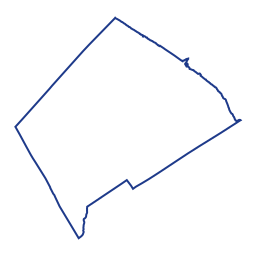 the district of Quilmes, Buenos Aires, Argentina
{"feature_id": "61730980B6528535412911", "entity_name": "Quilmes", "entity_type": "district", "adm_level": 2, "iso_a3": "ARG", "parent_name": "Argentina", "parent_adm1": "Buenos Aires", "projection": "albers", "projection_center": [-58.244, -34.74], "detail": "fine", "context": "isolated", "style": "outline", "palette": "blue", "viewbox_px": 256, "rotation_deg": 0, "n_neighbors": 0, "source": "geoboundaries", "source_scale": "gbopen_adm2", "svg_char_len": 5486}
<svg xmlns="http://www.w3.org/2000/svg" viewBox="0 0 256 256"><path d="M240.6,120.2L240.4,120.0L240.0,119.9L239.9,120.0L239.5,120.0L239.1,119.9L238.8,120.0L238.3,120.5L238.0,120.6L237.8,120.6L237.6,120.6L236.4,121.0L236.3,120.9L235.8,120.6L235.5,120.4L235.4,120.1L235.2,119.8L235.2,119.6L234.9,119.3L234.7,119.0L234.6,118.6L234.6,118.3L234.2,117.6L234.1,117.1L233.7,116.7L233.5,116.4L233.3,116.1L233.1,115.7L233.0,115.3L232.9,114.9L232.7,114.6L232.5,114.2L232.3,113.9L231.9,113.8L231.7,113.6L231.4,113.5L231.1,113.0L230.9,112.7L230.7,112.4L230.3,111.8L230.1,111.3L229.9,110.9L229.7,110.6L229.5,110.2L229.2,109.5L229.2,109.2L229.1,108.9L229.0,108.5L229.0,108.2L228.7,107.8L228.6,107.7L228.4,107.2L228.3,106.7L228.2,106.3L228.0,105.7L227.8,105.2L227.6,104.6L227.4,104.2L227.3,103.7L227.1,103.3L226.9,102.9L226.7,102.3L226.3,101.5L226.2,101.0L226.1,100.8L226.0,100.3L225.9,100.1L225.8,99.8L225.6,99.5L225.2,99.1L224.8,99.0L224.5,98.8L224.1,98.7L223.4,98.2L223.0,97.7L222.9,97.4L222.8,96.9L222.7,96.7L222.5,96.3L222.2,96.1L222.0,95.7L221.8,95.1L221.7,94.8L221.6,94.6L221.5,94.4L221.5,94.2L221.3,93.8L221.0,93.5L220.7,93.2L220.3,92.9L220.1,92.6L219.8,92.4L219.7,92.4L219.6,92.1L219.4,92.0L219.2,91.8L219.0,91.7L218.6,91.3L218.4,91.1L218.2,91.1L217.9,90.7L217.7,90.2L217.6,89.9L217.0,89.3L216.9,89.0L216.8,88.7L216.7,88.4L216.2,87.8L216.1,87.6L215.7,87.5L215.4,87.4L215.2,87.2L214.9,86.9L214.7,86.9L214.6,86.6L214.3,86.5L213.7,86.0L213.2,85.7L212.9,85.4L212.7,85.2L212.3,84.8L212.1,84.7L211.9,84.5L211.7,84.4L211.4,84.4L210.8,83.9L210.4,83.6L210.3,83.3L210.1,83.1L209.8,83.0L209.5,82.8L209.2,82.6L209.0,82.2L208.6,81.9L208.4,81.8L208.0,81.7L207.7,81.4L207.3,81.1L206.6,80.6L206.3,80.3L206.2,80.1L206.0,79.7L205.7,79.7L205.1,79.3L204.6,78.9L204.2,78.6L203.7,78.2L202.8,77.5L202.3,77.0L202.1,76.8L201.8,76.6L201.5,76.4L201.3,76.3L201.1,76.1L200.8,75.9L200.7,75.8L200.5,75.6L200.5,75.4L200.6,75.1L200.8,74.9L200.6,74.6L200.4,74.3L200.1,73.8L199.7,73.5L199.2,73.5L198.8,73.8L198.6,73.9L198.2,73.9L197.9,73.8L195.6,71.9L195.2,71.7L194.0,70.8L193.8,70.6L193.7,70.4L193.6,70.2L193.4,70.1L193.2,70.2L192.9,70.1L191.1,69.4L190.6,69.2L190.3,69.1L190.0,69.0L189.7,69.0L189.5,68.8L189.5,68.4L189.4,67.9L189.4,67.7L189.2,67.5L189.1,67.4L188.6,67.0L188.4,66.8L188.0,66.7L187.8,66.4L187.6,66.5L187.3,66.5L187.1,66.5L187.0,66.3L186.9,66.3L186.6,66.4L186.5,66.1L186.4,65.9L186.4,65.7L187.2,65.7L187.4,65.5L187.5,65.5L187.7,65.3L187.7,64.9L187.7,64.6L187.6,64.0L187.3,63.7L187.1,63.5L186.9,63.8L186.6,64.2L186.3,64.5L186.0,64.8L185.8,65.2L185.1,64.0L185.2,63.7L185.8,62.9L186.1,62.6L186.3,62.2L186.4,61.9L186.6,61.4L187.0,60.9L187.5,59.8L187.9,59.3L188.2,59.0L188.2,58.6L187.6,58.8L187.2,58.8L186.4,59.1L185.9,59.3L185.6,59.6L185.3,59.8L184.9,59.9L184.6,60.2L184.4,60.3L184.2,60.4L184.1,60.5L183.6,60.5L183.3,60.6L183.2,60.6L182.9,61.0L182.7,61.3L182.5,61.2L180.5,59.9L174.4,55.5L164.4,48.8L164.1,48.5L159.9,45.7L159.7,45.8L159.5,46.1L159.2,46.0L158.9,45.7L158.6,45.4L158.3,45.2L158.1,45.3L157.9,45.2L157.7,44.8L157.3,44.6L156.7,44.0L156.2,43.7L156.0,43.4L155.9,43.2L155.6,42.9L154.8,42.6L154.5,42.5L154.1,42.3L153.3,41.8L153.0,41.6L152.7,41.4L152.5,41.1L152.1,41.0L151.8,40.9L151.5,40.8L150.9,40.4L150.6,40.4L150.3,40.3L150.0,40.1L149.4,39.5L149.0,39.4L148.8,39.3L148.6,39.1L148.4,39.0L148.2,38.9L147.8,38.7L147.4,38.4L147.3,38.0L147.2,37.7L146.8,37.5L146.5,37.5L146.3,37.5L145.9,37.3L145.7,37.1L145.5,36.8L145.2,36.6L144.9,36.5L144.6,36.2L144.3,36.1L143.9,36.1L143.6,36.1L143.4,36.3L143.2,36.6L142.9,36.5L143.0,36.1L143.1,35.9L143.3,35.8L143.2,35.6L142.8,35.4L142.6,35.1L142.2,35.0L141.9,34.9L141.5,34.9L141.2,34.8L140.8,34.6L140.7,34.3L140.6,34.1L140.3,34.0L140.0,34.0L139.9,34.0L139.7,33.8L139.7,33.5L139.4,33.3L139.0,33.1L138.6,32.8L138.3,32.6L137.6,32.3L137.1,32.0L136.7,31.8L136.4,31.5L136.1,31.3L135.7,31.1L135.4,30.9L134.5,30.3L134.0,29.9L133.4,29.6L132.9,29.4L132.5,29.2L132.2,29.0L131.8,28.7L131.4,28.6L131.2,28.5L131.0,28.2L130.6,27.8L130.1,27.4L129.6,27.0L129.4,27.0L129.1,26.9L128.9,26.8L128.7,26.8L128.6,26.6L128.4,26.4L128.1,26.1L127.7,25.8L127.3,25.7L127.0,25.5L126.7,25.3L126.4,25.0L125.8,24.7L125.5,24.3L125.3,24.1L124.9,23.8L124.6,23.7L124.2,23.5L123.9,23.3L123.7,23.1L123.3,22.8L122.2,22.0L121.5,21.9L121.3,21.7L121.0,21.4L120.3,20.9L119.9,20.6L119.3,20.2L119.0,20.1L117.5,19.2L116.5,18.7L116.2,18.6L115.8,18.4L115.5,18.1L115.2,17.8L114.9,18.2L89.2,44.6L83.0,51.2L52.1,85.7L49.4,88.9L35.2,104.8L21.7,119.9L15.4,126.8L19.4,133.9L26.6,147.2L30.4,154.1L30.9,155.0L32.8,158.2L35.7,162.7L45.5,178.4L50.2,187.3L50.2,187.8L52.3,191.9L52.9,193.1L53.5,194.1L54.3,195.0L55.3,197.3L59.6,206.4L70.5,224.5L78.7,238.2L81.5,236.1L81.7,235.8L82.0,235.5L82.3,235.2L82.5,234.9L82.8,234.6L83.0,234.0L83.2,233.4L83.3,233.1L83.6,232.3L83.7,231.9L83.5,231.4L83.3,231.0L83.2,230.6L83.3,230.0L83.6,229.4L83.6,228.8L83.4,228.3L83.4,227.6L83.5,226.8L83.6,226.1L83.6,225.3L83.7,224.8L84.1,223.5L84.2,223.0L84.3,222.1L84.1,221.4L83.9,221.1L83.8,220.6L83.7,220.2L83.7,219.6L83.8,219.1L84.2,218.7L84.5,218.6L84.8,218.3L85.1,218.1L85.6,217.5L85.8,217.2L86.0,216.8L86.1,216.3L86.2,215.5L86.2,215.1L86.4,214.2L86.6,213.8L86.8,213.5L86.9,213.2L87.1,212.5L87.1,211.6L87.0,211.1L87.0,210.6L87.1,210.2L87.1,209.7L87.0,209.0L87.0,208.5L87.1,208.1L87.1,207.7L87.2,207.1L87.2,206.7L103.2,196.0L122.3,183.2L126.8,180.1L131.0,185.6L133.0,188.8L135.9,186.7L142.0,183.2L148.8,179.1L158.6,172.8L177.2,160.5L188.4,153.1L199.3,146.2L220.6,133.0L239.4,120.9L240.2,120.4L240.6,120.2Z" fill="none" stroke="#1e3a8a" stroke-width="2"/></svg>